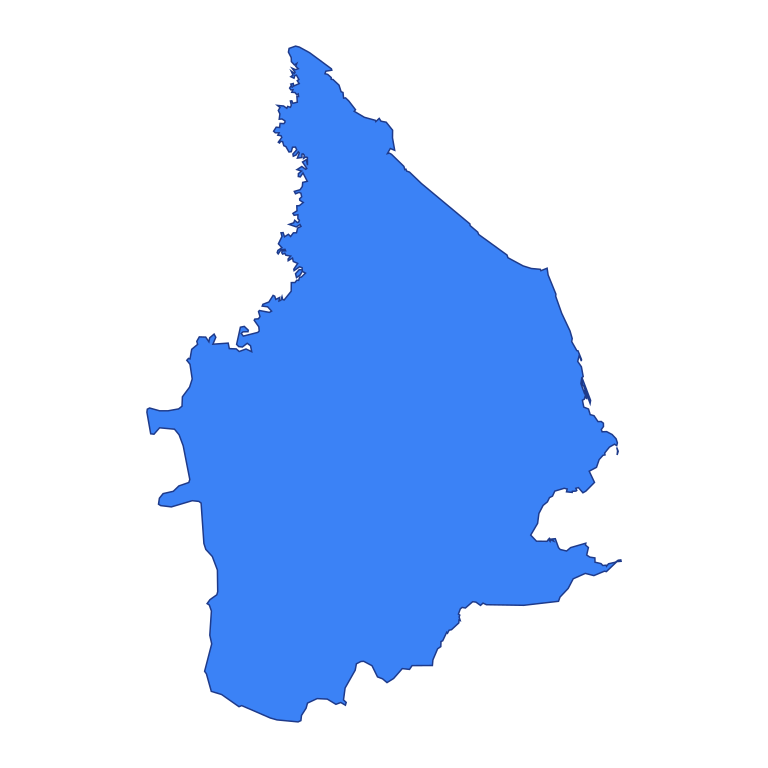 the district of Aceh Timur, Aceh, Indonesia
{"feature_id": "22746128B94735591859977", "entity_name": "Aceh Timur", "entity_type": "district", "adm_level": 2, "iso_a3": "IDN", "parent_name": "Indonesia", "parent_adm1": "Aceh", "projection": "albers", "projection_center": [97.761, 4.703], "detail": "fine", "context": "isolated", "style": "filled", "palette": "blue", "viewbox_px": 768, "rotation_deg": 0, "n_neighbors": 0, "source": "geoboundaries", "source_scale": "gbopen_adm2", "svg_char_len": 6085}
<svg xmlns="http://www.w3.org/2000/svg" viewBox="0 0 768 768"><path d="M621.1,561.3L620.8,559.9L618.2,560.2L615.4,562.2L608.5,563.8L606.5,566.3L606.1,565.2L602.8,565.5L601.0,563.6L595.0,562.2L594.9,557.9L589.8,557.1L586.7,555.0L588.4,547.5L585.5,545.1L585.8,543.2L570.6,547.6L566.6,551.0L560.2,549.5L558.5,547.6L555.3,538.7L552.2,539.0L553.5,541.0L550.6,539.7L550.1,541.4L548.7,539.5L550.4,539.2L549.4,538.3L547.0,541.3L536.5,541.2L530.7,535.1L537.6,523.4L538.9,513.5L543.1,505.4L547.4,501.9L549.5,497.6L552.5,496.1L554.8,491.1L564.2,488.3L567.2,489.0L566.5,491.8L572.2,492.4L572.3,491.3L575.9,491.1L576.8,490.4L575.8,488.3L578.4,487.6L582.9,492.8L585.9,491.1L594.5,482.4L589.2,471.2L596.5,467.3L599.2,459.5L603.0,455.3L605.0,454.9L604.7,453.0L609.4,447.1L614.5,444.2L616.7,445.6L617.4,442.9L616.1,438.8L612.1,434.5L606.6,431.6L602.1,431.8L601.3,429.5L603.5,426.5L603.4,423.2L601.2,421.5L598.0,421.6L594.0,415.7L590.2,414.6L588.5,409.0L583.8,407.1L582.4,400.2L584.2,399.3L585.6,394.9L584.5,393.5L580.9,383.6L581.8,377.7L583.2,376.6L581.4,366.8L577.7,361.4L579.3,355.0L581.3,361.1L581.5,359.5L578.0,350.8L576.8,350.6L571.7,341.6L572.2,338.5L570.0,330.9L561.7,313.3L555.7,296.3L555.9,294.1L548.1,274.9L547.1,268.2L540.9,270.7L540.3,269.3L531.4,268.5L523.1,265.9L507.9,257.7L507.0,255.0L478.7,234.5L477.7,232.1L470.1,225.6L469.9,223.9L421.4,183.5L409.5,172.1L406.7,171.1L405.9,169.2L404.8,169.6L403.9,166.4L391.5,154.3L389.4,153.1L387.4,153.6L390.3,148.5L394.7,150.3L392.5,137.9L392.6,130.2L386.2,122.2L381.0,121.2L379.2,118.4L375.8,121.6L375.3,120.3L364.4,117.3L354.2,111.3L355.5,109.7L348.8,101.0L345.6,97.9L343.6,98.1L343.0,92.5L341.1,91.7L339.0,85.1L333.0,79.5L331.2,79.3L331.2,77.5L327.7,74.4L325.0,73.7L325.8,71.2L331.8,70.2L331.4,68.8L309.6,52.7L299.4,47.1L295.6,46.1L289.1,48.4L288.4,52.1L291.2,57.6L291.4,61.7L294.5,65.0L296.8,63.4L295.7,66.3L298.3,68.7L295.6,69.7L292.1,68.2L295.1,72.3L294.3,73.4L291.2,71.1L293.0,75.1L290.8,76.7L294.0,78.2L294.9,75.5L296.4,75.1L298.9,79.5L297.2,80.7L299.2,83.6L293.7,86.0L293.3,83.5L290.8,84.1L292.6,87.7L291.0,85.9L289.6,88.1L290.9,89.9L293.0,89.7L291.8,92.3L294.9,92.5L296.8,94.7L298.2,93.9L298.6,96.5L296.9,96.5L297.3,102.2L292.9,103.3L291.8,100.8L290.4,101.0L291.3,105.2L290.4,107.3L287.7,106.4L286.8,108.3L283.6,106.0L277.4,105.4L280.0,107.5L278.3,110.5L279.9,113.9L279.2,119.2L282.0,119.0L284.9,120.8L285.0,122.2L283.9,123.6L280.1,123.4L279.6,127.5L276.2,127.2L273.6,131.2L275.3,132.8L279.1,132.8L277.8,135.2L281.0,135.7L281.8,137.4L278.3,142.2L279.5,143.0L280.7,141.4L282.6,141.6L283.8,145.7L285.9,146.6L289.0,152.0L291.3,151.7L292.5,147.2L295.5,147.1L296.7,149.8L292.9,154.0L293.3,156.2L296.1,155.0L298.3,151.8L299.3,152.9L297.4,158.1L302.0,157.5L301.9,154.2L303.0,153.8L304.3,155.2L303.7,158.3L305.8,157.0L307.4,157.5L307.5,165.2L306.3,159.7L302.5,162.0L306.8,168.5L305.7,169.3L301.8,166.5L297.0,169.6L301.6,171.1L298.4,173.6L298.3,176.5L300.3,176.9L303.0,173.0L307.3,181.3L302.7,182.4L302.3,186.5L300.1,189.7L294.3,191.4L295.5,193.8L299.0,192.4L300.9,193.2L301.7,196.8L299.6,198.8L299.8,200.3L303.3,202.5L299.4,205.6L296.8,205.8L297.0,210.8L292.9,213.4L294.1,215.3L297.9,214.7L297.9,218.7L299.4,220.3L298.6,222.1L297.3,222.5L294.7,220.3L293.7,222.8L289.1,224.4L296.3,226.9L300.0,224.5L301.0,226.4L297.6,228.1L296.5,232.8L293.4,232.8L290.6,236.5L288.4,234.3L284.5,236.8L283.1,232.6L281.0,232.8L282.0,236.4L278.4,243.8L281.9,247.7L277.9,250.4L277.2,252.6L278.2,253.9L281.0,249.8L285.0,249.3L285.6,250.8L282.0,250.9L281.8,252.8L282.7,254.1L284.8,253.3L285.8,255.2L290.7,256.1L288.1,259.0L288.2,260.7L292.5,258.1L293.3,261.5L297.7,263.4L293.8,269.2L294.1,270.6L299.6,266.8L302.1,267.7L302.3,269.9L299.3,269.6L295.5,273.7L296.5,277.6L300.3,274.9L302.2,271.3L305.5,273.1L301.5,277.0L299.6,277.3L298.6,280.4L296.8,280.2L295.0,282.5L291.3,282.6L291.2,291.2L284.1,300.0L282.7,299.5L282.0,296.7L280.9,300.2L279.0,301.0L279.6,297.5L275.8,299.4L274.7,296.2L273.1,295.4L268.9,302.0L262.9,304.3L262.2,306.1L267.6,306.8L271.6,311.1L269.4,312.4L259.4,310.5L258.5,311.6L260.0,316.6L258.4,318.8L254.8,319.1L254.2,320.3L258.8,326.8L259.2,331.0L257.8,332.4L243.3,336.1L241.2,333.4L243.1,331.8L248.0,331.7L248.3,330.2L244.3,326.4L240.4,327.2L236.6,344.4L238.7,346.6L242.4,347.0L247.2,343.3L250.5,345.7L251.7,351.7L246.0,349.0L239.2,351.5L236.2,348.9L229.3,348.6L228.2,343.1L212.9,344.2L215.8,337.3L214.1,334.1L209.7,337.8L208.9,341.8L205.7,337.1L199.3,336.9L196.8,341.3L197.6,344.4L191.7,349.3L190.0,358.9L188.5,358.4L186.8,360.3L190.0,364.3L192.2,379.0L189.6,387.1L182.4,396.8L182.0,406.2L178.6,408.9L168.0,410.8L159.6,410.8L149.6,408.0L147.3,409.2L146.9,412.2L150.7,433.8L154.0,434.2L159.6,427.8L174.5,429.2L179.1,434.8L183.2,445.8L189.8,479.5L188.8,482.5L178.9,485.9L173.3,491.3L163.1,493.6L159.4,498.2L158.5,504.2L160.7,505.6L171.4,506.9L192.2,500.7L198.9,501.4L201.1,503.1L203.9,543.5L205.8,549.4L212.3,556.5L217.4,570.0L217.7,591.7L216.8,594.8L210.0,599.6L207.1,603.6L209.3,605.0L211.4,611.0L209.8,635.2L211.7,643.9L204.6,671.3L206.4,673.8L211.3,691.4L221.6,694.5L239.0,706.7L241.7,705.6L270.3,718.0L277.0,719.9L298.1,721.9L300.9,720.6L301.5,715.4L306.1,708.2L307.5,703.1L317.1,698.6L327.3,699.1L335.9,704.3L340.8,702.5L345.4,705.2L346.2,702.4L343.5,699.9L345.1,688.0L355.2,670.2L356.4,663.8L360.9,661.5L363.7,661.3L372.0,665.7L377.5,676.9L382.5,678.8L387.0,682.6L393.6,678.5L402.3,668.6L409.5,669.4L412.1,665.6L432.4,665.5L432.9,659.9L437.6,648.8L440.8,646.6L441.0,641.5L442.7,640.8L446.7,632.3L447.5,633.2L449.1,630.2L451.5,629.7L458.8,622.9L459.0,620.0L460.2,620.5L459.1,617.0L459.8,615.1L458.4,614.1L460.3,608.9L462.1,607.4L465.4,608.0L472.7,601.7L475.9,602.1L480.5,605.4L483.0,603.1L486.4,604.7L523.7,605.3L558.5,601.3L560.0,597.1L568.2,588.4L573.2,578.8L585.3,573.4L593.9,575.6L604.4,571.2L606.4,571.6L616.9,561.6L621.1,561.3ZM590.6,400.4L582.0,377.7L582.4,385.7L583.5,385.4L590.1,403.4L590.6,400.4ZM617.1,455.0L618.2,451.3L616.7,447.4L617.6,450.8L617.1,455.0ZM586.6,398.4L586.8,396.3L586.0,395.3L585.6,397.7L586.6,398.4ZM585.9,393.8L585.5,392.4L584.6,391.4L584.6,392.6L585.9,393.8Z" fill="#3b82f6" stroke="#1e3a8a" stroke-width="1.5"/></svg>